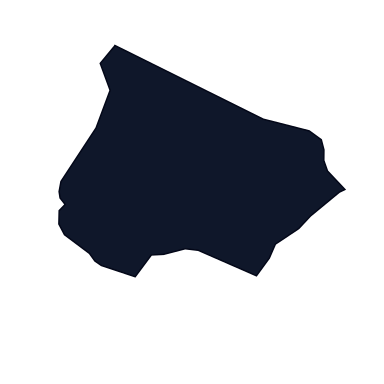 the Municipality of Tržič, rotated 25°
{"feature_id": "SVN-1019", "entity_name": "Tržič", "entity_type": "Municipality", "adm_level": 1, "iso_a3": "SVN", "parent_name": "Slovenia", "parent_adm1": "", "projection": "robinson", "projection_center": [14.327, 46.38], "detail": "fine", "context": "isolated", "style": "filled", "palette": "ink", "viewbox_px": 384, "rotation_deg": 25, "n_neighbors": 0, "source": "natural_earth", "source_scale": "10m", "svg_char_len": 568}
<svg xmlns="http://www.w3.org/2000/svg" viewBox="0 0 384 384"><g transform="rotate(25 192 192)"><path d="M60.2,91.8L225.8,95.9L272.4,87.1L287.1,90.0L293.7,98.0L298.1,107.7L305.9,115.7L329.5,125.1L325.6,129.9L309.5,163.7L304.2,180.0L289.6,204.0L290.0,219.3L285.8,240.7L222.2,242.2L209.8,246.3L192.6,260.5L181.8,266.2L176.3,292.8L140.9,296.9L133.2,295.6L125.0,291.0L94.5,284.6L84.9,277.3L79.5,265.0L82.3,256.9L75.0,253.2L71.4,247.8L68.8,237.8L78.0,174.5L74.8,134.4L54.5,114.2L59.8,93.8L60.1,93.1L60.2,91.8Z" fill="#0f172a" stroke="#020617" stroke-width="1.5"/></g></svg>